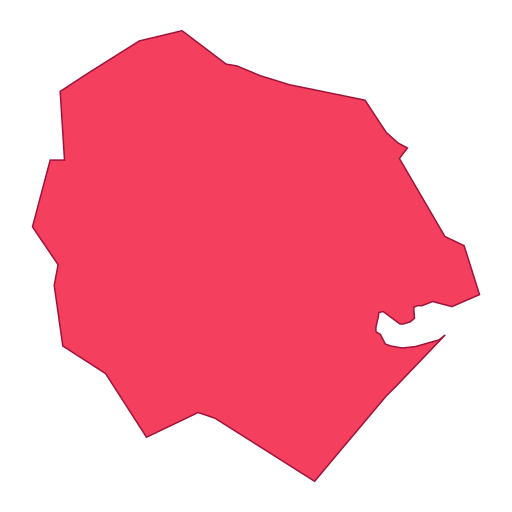 San Miguel Tulancingo, Oaxaca, Mexico
{"feature_id": "50627088B24354653382818", "entity_name": "San Miguel Tulancingo", "entity_type": "district", "adm_level": 2, "iso_a3": "MEX", "parent_name": "Mexico", "parent_adm1": "Oaxaca", "projection": "mercator", "projection_center": [-97.436, 17.752], "detail": "fine", "context": "isolated", "style": "filled", "palette": "rose", "viewbox_px": 512, "rotation_deg": 0, "n_neighbors": 0, "source": "geoboundaries", "source_scale": "gbopen_adm2", "svg_char_len": 935}
<svg xmlns="http://www.w3.org/2000/svg" viewBox="0 0 512 512"><path d="M479.5,294.6L475.1,280.6L464.1,245.7L444.9,236.5L399.4,158.5L407.4,148.0L397.9,142.9L386.3,132.5L365.0,100.2L289.3,84.7L260.0,75.6L236.8,65.9L226.1,64.1L182.0,30.7L139.4,40.9L134.4,44.0L86.4,74.2L60.2,91.4L64.5,160.1L50.2,160.1L36.5,211.6L32.5,226.8L37.6,234.5L40.4,238.6L47.0,248.3L58.1,264.7L54.2,285.4L58.8,317.6L59.4,322.2L60.0,326.2L60.5,329.6L62.8,346.0L105.6,373.6L146.5,437.2L198.1,412.5L215.1,418.3L314.6,481.3L344.5,445.6L362.3,424.5L386.4,395.8L396.2,386.1L409.4,372.3L421.1,360.1L445.2,334.9L439.2,339.7L438.9,339.9L415.3,346.6L402.1,348.0L390.9,346.0L385.3,344.0L380.4,334.4L376.2,331.9L375.9,331.3L375.9,327.3L378.4,316.3L378.8,312.6L383.1,311.5L400.0,324.0L402.9,324.0L405.0,323.5L410.3,321.8L414.5,318.3L413.7,307.4L417.5,305.6L421.9,305.7L426.7,303.9L432.5,301.5L452.0,306.6L479.5,294.6Z" fill="#f43f5e" stroke="#9f1239" stroke-width="1.5"/></svg>